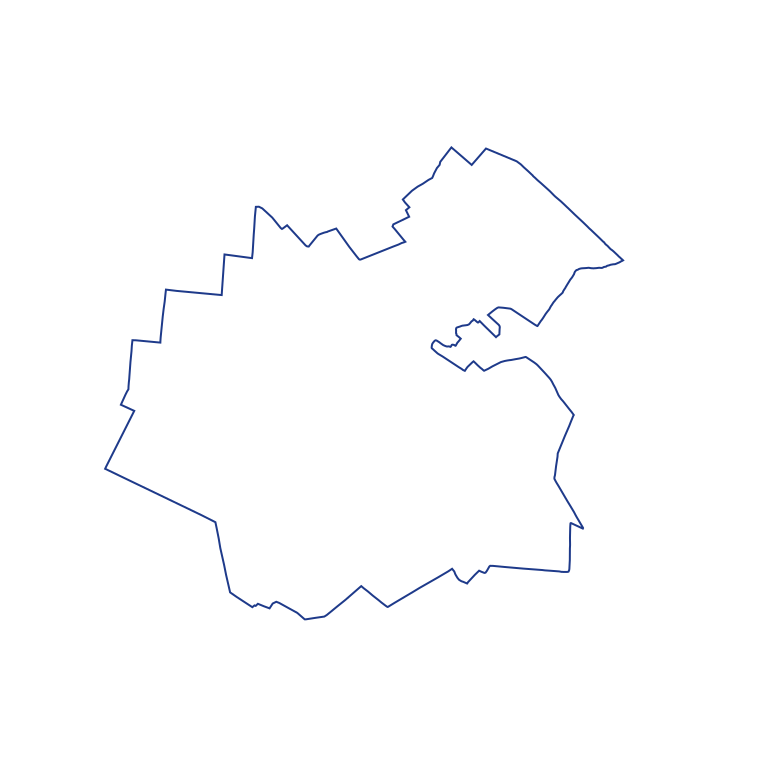 Perisor, Dolj, Romania, rotated 25°
{"feature_id": "2599482B45480684732050", "entity_name": "Perisor", "entity_type": "district", "adm_level": 2, "iso_a3": "ROU", "parent_name": "Romania", "parent_adm1": "Dolj", "projection": "equal_earth", "projection_center": [23.523, 44.157], "detail": "fine", "context": "isolated", "style": "outline", "palette": "blue", "viewbox_px": 768, "rotation_deg": 25, "n_neighbors": 0, "source": "geoboundaries", "source_scale": "gbopen_adm2", "svg_char_len": 6069}
<svg xmlns="http://www.w3.org/2000/svg" viewBox="0 0 768 768"><g transform="rotate(25 384 384)"><path d="M457.0,578.8L463.2,580.5L470.9,582.3L473.9,583.1L479.4,584.3L481.3,584.6L481.5,584.5L481.8,584.3L482.0,584.0L486.1,577.8L498.2,560.1L502.4,553.8L514.5,536.7L521.5,526.5L523.8,522.7L526.9,524.2L529.2,526.4L532.4,528.6L534.7,529.7L537.0,530.0L538.0,530.0L539.4,529.8L543.7,529.7L543.8,529.5L543.7,528.7L547.0,518.5L549.1,513.0L551.7,513.0L554.6,512.8L555.0,512.7L555.4,512.4L555.8,511.9L555.9,511.3L556.2,509.8L556.4,507.5L556.6,504.9L556.9,504.3L557.1,503.9L559.6,502.8L570.8,498.8L588.1,492.5L606.1,485.7L608.6,484.9L613.8,482.9L622.0,479.8L624.4,479.2L629.1,477.1L629.9,476.6L630.5,476.1L630.5,474.6L630.2,473.4L626.8,465.0L622.0,454.5L620.7,451.3L619.3,448.4L618.9,447.6L617.6,444.9L613.3,435.1L612.0,431.8L611.9,431.4L612.0,431.2L612.3,431.0L625.3,431.0L625.3,430.4L625.1,430.2L614.6,423.0L612.7,421.6L610.5,419.9L603.7,415.3L599.9,412.8L584.7,402.3L582.4,400.8L580.7,399.6L578.5,397.9L578.1,397.0L577.8,396.2L577.6,394.9L577.4,394.1L574.7,385.8L572.0,376.6L570.8,373.5L569.9,354.7L569.6,343.8L569.3,339.0L569.0,332.8L569.1,331.9L565.9,330.1L562.4,328.4L553.7,324.0L550.9,322.8L548.4,321.4L546.7,320.3L540.9,315.2L537.6,312.8L535.2,310.9L533.2,309.6L531.6,308.8L524.3,305.7L515.6,302.2L513.8,301.6L512.8,301.4L510.9,301.0L501.6,299.6L501.1,299.6L500.8,299.7L500.2,300.2L496.8,303.0L495.6,303.9L493.0,305.7L488.8,308.7L488.4,308.9L487.9,309.2L485.8,310.6L484.0,311.9L483.6,312.2L480.7,314.7L474.8,322.2L473.9,323.5L472.1,326.1L469.1,329.7L468.8,329.7L466.1,328.9L464.6,328.6L462.1,327.8L461.1,327.5L457.5,326.2L455.9,325.7L455.6,325.6L455.1,326.5L452.5,333.2L452.2,334.7L451.7,337.9L449.6,337.9L447.9,337.5L444.4,337.1L425.5,334.3L420.6,333.8L419.5,333.6L415.2,332.3L413.8,331.8L412.5,331.5L412.3,331.4L411.9,331.1L411.3,329.5L411.0,328.4L410.9,327.7L410.8,327.2L410.9,326.4L411.0,325.8L411.3,324.7L411.6,323.6L412.0,322.9L412.3,322.6L412.7,322.5L413.1,322.4L413.5,322.4L416.7,322.8L417.8,323.1L421.1,323.7L422.9,323.7L424.1,323.6L425.3,323.4L425.6,323.2L426.9,322.5L427.2,322.4L428.5,322.3L428.6,322.2L428.8,321.6L428.8,321.2L428.9,320.0L429.0,319.8L429.2,319.6L429.5,319.4L430.0,319.2L430.5,319.1L431.3,319.0L432.5,319.2L432.8,318.9L433.0,316.1L433.1,315.2L433.3,314.8L433.5,314.1L434.4,310.5L433.8,310.3L432.5,309.9L429.1,309.1L428.5,308.0L427.9,307.6L427.5,306.8L427.0,305.6L426.4,304.4L426.1,304.0L426.0,303.6L425.9,302.7L426.0,302.3L426.5,301.7L427.7,300.6L428.9,299.5L429.4,298.9L430.4,298.0L431.7,297.2L432.3,296.8L433.0,296.4L434.8,295.2L435.2,294.7L435.7,294.2L436.0,293.5L436.2,292.9L436.7,290.9L436.8,290.4L437.0,290.0L437.4,289.4L437.6,289.1L437.7,288.8L437.8,287.7L437.9,287.4L439.1,287.6L442.3,288.5L443.1,288.6L443.5,288.3L444.1,286.5L450.0,288.7L465.7,294.2L465.9,293.6L467.6,290.3L467.4,289.8L465.7,285.7L464.9,283.5L464.3,282.7L463.7,282.3L463.0,281.9L454.7,279.3L449.1,277.5L451.6,272.3L453.4,268.9L454.1,267.8L454.5,267.1L455.3,266.3L455.6,266.1L459.9,264.5L466.4,262.4L466.9,262.3L467.6,262.3L468.0,262.3L495.8,266.5L498.4,266.7L498.6,266.6L499.5,260.7L499.9,259.1L500.3,256.7L500.6,254.4L500.9,252.1L501.4,249.7L501.6,248.9L502.1,246.9L502.2,246.5L502.3,244.3L502.4,242.8L502.7,241.4L502.9,239.6L503.2,237.9L503.6,236.6L503.9,235.2L504.6,232.6L504.9,231.6L505.6,229.9L506.0,228.9L506.5,227.8L507.2,226.0L507.3,225.7L507.3,225.3L507.2,224.5L507.2,224.1L507.4,222.3L507.7,220.5L507.8,218.7L507.9,218.2L507.9,217.8L508.5,212.6L508.6,211.7L508.7,210.8L509.0,209.5L509.1,209.2L509.4,207.8L509.8,204.2L509.6,202.6L509.6,201.6L510.0,200.1L510.3,199.4L511.2,198.7L512.1,197.4L512.6,196.9L513.7,196.0L514.5,195.5L518.0,193.6L520.3,192.2L520.6,192.1L522.8,191.5L525.3,190.5L525.5,190.3L526.1,190.0L527.4,189.3L529.6,187.9L530.5,187.5L532.1,186.9L532.4,186.7L533.0,186.2L533.6,185.3L533.8,185.1L534.3,184.7L535.6,183.8L535.8,183.5L535.9,183.2L536.2,182.7L536.5,182.4L538.1,181.1L538.6,180.5L539.2,180.0L540.5,179.1L540.9,178.8L541.4,178.5L542.7,177.8L543.6,176.9L545.0,175.3L545.9,174.3L546.5,173.5L546.9,172.8L547.7,171.9L548.4,170.9L547.3,170.5L545.7,170.1L545.1,169.8L542.6,169.1L541.7,168.7L536.0,166.8L534.1,166.3L532.4,166.0L531.3,165.6L529.3,164.8L528.1,164.3L526.7,164.0L524.7,163.3L523.8,162.6L522.6,162.4L517.8,160.7L506.2,156.8L504.8,156.4L503.9,156.1L501.8,155.3L496.0,153.3L485.2,149.8L476.2,146.7L475.2,146.4L471.4,145.1L467.1,143.7L460.1,141.8L458.3,141.2L453.0,139.2L449.8,138.2L441.3,135.6L437.7,134.6L436.4,134.2L433.8,133.3L431.7,132.7L431.3,132.6L430.8,132.2L429.5,131.8L425.9,130.6L425.0,130.3L419.1,128.5L416.0,127.4L415.1,127.1L410.1,126.1L376.9,127.5L370.9,148.4L345.1,141.1L341.1,158.9L341.8,161.9L340.7,165.9L340.4,171.9L340.6,175.0L340.6,176.9L338.1,180.2L334.5,186.2L331.1,190.9L327.7,197.0L323.1,208.8L326.3,210.6L332.3,213.1L330.4,217.2L336.1,221.8L325.0,235.4L325.2,237.7L328.4,239.1L340.7,245.0L343.2,246.1L342.4,247.0L340.4,248.8L338.2,251.5L334.5,255.3L310.2,281.1L309.5,281.5L308.6,281.5L305.1,279.8L294.6,274.4L275.0,263.3L270.1,268.1L268.6,269.6L268.1,270.3L267.0,271.1L265.7,272.2L263.1,274.8L262.0,276.0L261.4,276.9L261.0,277.8L260.5,279.8L258.0,289.7L257.7,291.2L257.1,291.5L255.9,291.8L254.3,291.5L229.1,281.1L226.7,285.6L226.0,286.6L224.5,286.3L212.4,280.4L199.5,276.3L195.7,276.2L193.0,277.6L196.2,286.7L200.7,298.1L202.7,303.4L209.3,320.1L211.2,325.7L184.7,334.0L199.3,372.0L156.6,387.3L146.5,390.6L147.7,394.2L150.4,402.0L152.6,409.2L155.0,416.5L161.8,435.9L162.9,438.8L163.8,441.0L140.8,449.2L137.5,450.6L139.3,455.9L141.3,461.0L144.9,471.2L151.1,487.5L152.0,490.2L153.5,494.2L154.6,496.8L154.3,499.3L154.2,502.9L154.3,514.0L169.0,513.9L167.1,576.1L167.1,578.7L191.8,579.0L274.1,580.0L289.6,580.5L293.2,585.3L299.5,593.9L305.0,601.9L315.5,615.5L321.6,623.8L332.6,637.9L340.8,639.3L359.0,641.9L360.2,639.4L361.5,639.3L362.6,636.5L369.0,636.2L375.1,635.7L375.9,630.0L378.4,626.9L381.5,626.7L391.7,627.4L402.2,628.1L411.6,630.8L412.8,630.2L420.7,624.9L428.2,620.0L429.8,617.5L436.0,604.6L440.1,596.3L448.6,577.2L448.8,576.8L452.0,577.7L457.0,578.8Z" fill="none" stroke="#1e3a8a" stroke-width="2"/></g></svg>